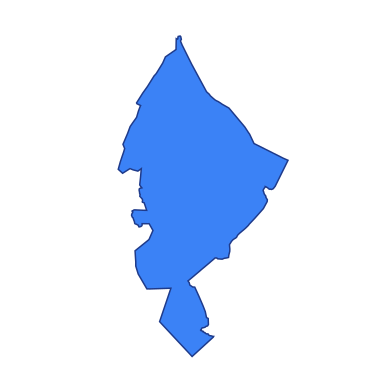 outline of Cualác, Guerrero, Mexico, rotated 327°
{"feature_id": "50627088B91833762276728", "entity_name": "Cualác", "entity_type": "district", "adm_level": 2, "iso_a3": "MEX", "parent_name": "Mexico", "parent_adm1": "Guerrero", "projection": "mercator", "projection_center": [-98.69, 17.735], "detail": "fine", "context": "isolated", "style": "filled", "palette": "blue", "viewbox_px": 384, "rotation_deg": 327, "n_neighbors": 0, "source": "geoboundaries", "source_scale": "gbopen_adm2", "svg_char_len": 3597}
<svg xmlns="http://www.w3.org/2000/svg" viewBox="0 0 384 384"><g transform="rotate(327 192 192)"><path d="M289.8,217.7L286.9,213.3L270.4,185.1L271.8,174.9L271.7,172.6L271.7,166.2L268.7,141.7L265.1,134.8L264.3,132.8L263.8,131.7L263.2,130.4L262.2,128.8L261.5,127.4L261.4,127.0L261.1,126.1L260.9,125.3L260.5,124.1L260.2,122.8L259.8,121.5L259.7,119.2L259.0,116.8L258.8,115.7L261.3,84.7L263.8,63.1L264.0,62.2L264.4,59.8L264.8,58.9L266.2,58.2L267.2,55.5L267.0,54.7L265.1,54.0L263.7,55.4L263.6,55.8L263.1,55.9L262.7,55.6L262.3,54.8L256.2,63.8L243.3,64.2L237.7,67.9L226.5,73.2L223.4,74.0L212.0,79.3L209.2,80.4L204.6,82.2L194.0,87.1L193.9,88.0L196.0,91.5L195.3,91.9L191.2,94.9L186.2,99.2L179.9,101.7L175.8,103.4L169.9,107.8L160.1,114.4L159.2,118.9L156.1,121.5L151.9,124.8L148.9,127.2L148.5,127.5L142.5,132.8L144.0,138.5L152.2,138.6L152.7,138.6L154.7,141.4L158.0,145.0L162.2,144.8L156.7,151.8L152.0,157.6L152.0,159.3L152.2,161.2L150.5,160.6L149.6,160.6L148.8,161.4L148.4,162.2L148.0,163.3L147.1,165.1L147.3,165.7L145.9,167.1L146.4,170.6L146.2,171.9L145.5,172.6L144.9,173.2L144.9,173.6L146.0,175.0L144.0,182.7L141.2,180.8L134.1,175.7L133.3,175.4L132.9,175.4L132.5,175.5L132.2,175.4L131.6,175.2L131.5,175.3L131.4,175.5L131.2,175.7L131.2,175.8L131.2,176.0L131.3,176.2L131.4,176.3L131.4,176.5L131.2,176.6L131.1,176.8L130.9,177.0L130.7,177.1L130.3,177.3L130.0,177.4L129.8,177.5L129.5,177.8L129.2,178.0L128.9,178.3L128.7,178.5L128.6,178.8L128.5,179.0L128.5,179.4L128.5,179.6L128.4,179.7L128.4,179.8L128.3,180.0L128.2,180.6L128.3,181.0L128.5,181.6L128.4,181.8L128.3,182.2L127.9,183.8L127.7,184.8L127.5,185.7L126.9,187.0L126.9,187.4L127.0,187.8L127.5,188.4L127.7,188.7L128.0,188.9L128.1,189.3L128.2,189.6L128.4,190.0L128.6,190.3L128.8,190.5L128.8,190.9L128.6,191.5L128.5,191.8L128.5,192.4L129.0,192.7L130.4,193.1L131.5,193.0L132.1,192.6L132.9,191.4L134.9,192.7L137.9,194.7L138.8,195.2L138.3,203.0L130.1,208.4L128.7,208.6L112.2,210.3L111.6,211.4L109.5,215.1L106.7,220.1L104.5,223.5L102.2,231.5L101.4,248.7L103.3,249.9L103.3,250.0L121.9,261.2L94.2,283.1L99.1,310.9L102.5,330.0L130.8,325.3L131.5,324.9L131.1,324.6L130.5,324.0L129.7,323.0L128.9,322.4L128.3,321.5L128.1,320.7L128.2,320.2L128.2,319.9L128.1,319.7L126.8,318.8L126.3,317.7L126.3,317.3L126.3,317.1L126.0,316.9L125.8,316.6L125.6,316.2L125.6,315.6L125.6,315.1L125.3,315.0L125.0,315.0L124.8,314.8L124.8,314.6L124.8,314.0L124.7,313.5L124.6,313.3L124.3,313.1L124.0,313.0L124.0,312.5L124.3,312.3L125.1,312.1L125.8,311.8L126.3,311.5L127.2,311.7L127.7,312.1L129.4,312.5L129.8,312.5L130.5,312.3L132.1,312.8L133.6,312.1L136.7,306.9L135.8,305.2L138.0,299.5L139.2,293.8L141.0,283.3L142.5,273.3L142.3,273.1L140.8,272.0L139.5,268.8L140.3,266.5L140.2,264.4L155.6,262.5L157.5,262.2L168.2,260.9L169.4,260.7L175.5,259.9L176.8,260.8L177.2,262.1L178.3,262.9L179.3,263.7L180.8,264.8L183.0,265.2L185.2,266.2L185.9,266.4L186.0,266.5L187.0,266.8L188.6,264.9L191.3,262.4L192.7,260.4L193.8,258.3L194.8,256.5L197.5,255.3L197.7,255.1L200.0,254.4L202.0,254.3L202.3,254.3L203.5,254.4L204.8,254.2L206.1,253.4L207.3,252.9L209.0,252.6L209.3,252.5L209.5,252.5L211.2,252.3L212.6,252.1L214.4,251.9L215.8,251.7L217.3,251.5L218.2,251.3L219.8,251.0L220.6,250.8L221.4,250.6L222.3,250.2L230.5,248.2L242.8,244.8L249.8,241.0L251.0,239.5L251.0,238.5L251.1,236.4L251.6,235.9L251.7,235.0L251.5,233.8L251.6,232.7L252.0,231.4L252.3,230.5L252.3,229.7L253.0,229.0L254.8,228.1L256.1,227.8L256.4,227.3L256.8,227.8L257.1,228.5L257.4,229.0L257.8,229.9L258.0,231.0L258.5,231.9L259.0,232.0L259.7,232.8L260.1,233.2L261.9,233.5L264.9,232.5L289.8,217.7Z" fill="#3b82f6" stroke="#1e3a8a" stroke-width="1.5"/></g></svg>